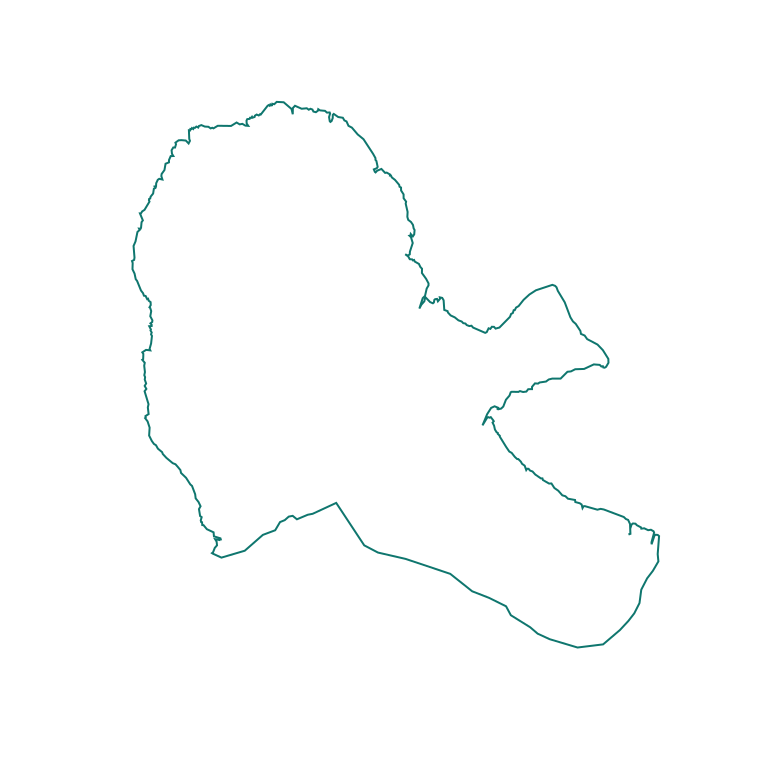 North Erromango, Tafea, Vanuatu (Equal Earth projection), rotated 349°
{"feature_id": "77236927B15473640252363", "entity_name": "North Erromango", "entity_type": "district", "adm_level": 2, "iso_a3": "VUT", "parent_name": "Vanuatu", "parent_adm1": "Tafea", "projection": "equal_earth", "projection_center": [169.132, -18.762], "detail": "fine", "context": "isolated", "style": "outline", "palette": "teal", "viewbox_px": 768, "rotation_deg": 349, "n_neighbors": 0, "source": "geoboundaries", "source_scale": "gbopen_adm2", "svg_char_len": 6108}
<svg xmlns="http://www.w3.org/2000/svg" viewBox="0 0 768 768"><g transform="rotate(349 384 384)"><path d="M625.0,585.8L623.9,584.4L621.8,583.8L620.5,584.5L616.1,592.4L616.4,590.4L620.8,581.4L620.5,580.0L618.2,578.0L615.4,577.9L611.9,575.3L609.0,575.1L608.9,573.8L605.2,570.8L604.2,569.1L601.7,568.4L600.2,569.2L598.1,573.0L597.3,578.1L595.3,578.4L597.3,577.8L598.8,568.4L597.7,564.0L595.7,562.7L594.0,560.3L575.8,549.1L572.8,547.9L569.5,548.1L557.8,542.2L556.6,542.1L555.2,543.7L555.0,540.0L553.4,538.4L549.3,536.4L549.4,534.3L542.7,531.7L540.7,528.8L537.8,527.3L534.7,522.0L531.4,518.6L529.4,513.6L527.0,513.2L521.7,508.6L521.5,506.9L520.0,506.6L515.2,501.7L513.1,498.2L510.9,496.9L509.7,494.8L508.3,494.5L507.2,495.6L506.5,491.0L504.3,488.7L503.5,486.3L501.5,483.3L500.4,483.1L498.5,480.5L496.2,476.0L494.1,474.2L491.9,469.1L487.6,457.7L487.8,456.9L486.2,454.7L486.4,453.8L485.3,452.8L484.2,449.8L484.1,445.9L483.2,442.6L484.6,441.6L484.5,440.9L482.5,436.9L481.2,437.2L479.9,436.4L478.5,437.1L472.8,443.4L479.5,433.3L484.6,427.9L488.3,427.0L491.5,429.1L490.7,430.1L491.2,430.6L494.3,430.5L496.8,428.9L500.7,422.7L505.0,419.3L506.8,416.3L507.9,416.0L514.4,417.4L516.1,416.9L519.0,418.4L522.3,418.6L524.6,416.6L528.3,417.3L528.8,415.0L532.3,412.2L535.3,413.0L537.0,412.2L543.5,412.5L546.6,411.0L550.3,410.8L558.4,412.4L566.4,407.0L569.9,407.3L574.5,406.0L583.3,407.4L593.7,404.8L599.4,406.4L600.7,408.3L602.2,408.3L602.4,409.6L603.7,410.1L605.3,409.5L608.4,406.0L609.0,402.1L605.3,392.5L601.1,386.0L592.0,378.7L590.2,374.7L586.9,372.4L586.9,369.4L583.7,361.6L581.4,358.6L579.7,354.1L577.0,338.3L572.4,325.7L571.8,322.0L570.7,320.3L568.2,318.8L551.0,321.0L543.8,323.9L537.1,328.0L531.0,333.2L528.2,334.2L526.5,336.4L525.4,336.3L524.0,338.9L522.1,339.5L520.5,342.1L508.1,350.6L504.1,350.9L502.9,348.9L500.8,348.4L498.9,350.2L497.3,349.3L494.7,352.7L493.1,353.1L482.2,345.6L481.0,343.5L478.8,343.4L476.4,341.9L475.5,340.2L473.4,339.4L472.2,337.5L469.2,335.7L466.2,332.1L462.5,329.4L460.4,326.0L460.3,324.6L457.3,322.8L458.5,313.2L457.6,310.6L455.3,309.6L455.3,311.0L452.7,313.1L452.3,310.6L450.4,310.5L449.5,311.0L448.5,313.5L447.4,314.1L444.9,312.4L441.1,306.5L439.4,310.5L435.8,313.3L433.1,316.7L438.4,307.1L441.1,305.3L444.1,298.5L446.5,295.7L446.9,293.7L445.4,288.8L442.4,282.3L443.3,278.1L442.0,276.0L441.2,272.8L437.6,269.7L437.2,268.0L436.0,268.2L435.5,267.1L433.1,266.4L432.1,263.4L429.6,260.7L431.9,262.5L434.0,261.7L434.7,259.0L439.1,251.1L438.5,245.0L437.3,243.3L438.5,243.2L438.9,241.9L440.5,244.6L442.2,242.9L443.4,238.7L442.8,236.9L442.8,233.4L441.4,230.1L439.1,227.5L438.8,224.4L440.0,219.6L439.7,211.1L440.5,209.2L438.7,205.4L439.4,201.6L437.7,197.3L438.2,194.4L436.9,193.3L436.9,191.4L433.7,185.7L431.1,182.7L430.6,180.7L429.6,180.5L429.9,179.5L427.0,177.0L425.4,177.0L422.5,172.4L418.0,173.3L416.1,174.7L415.5,174.0L415.0,171.4L418.1,170.8L419.2,169.7L419.1,163.6L418.4,162.4L418.7,160.6L417.2,156.0L410.6,139.8L405.8,134.0L401.4,126.2L398.4,123.8L397.3,119.1L395.4,117.7L394.4,114.8L390.0,113.2L386.2,109.3L385.1,110.0L384.4,113.2L382.7,115.9L381.4,116.5L380.9,115.7L381.0,111.5L382.7,108.2L382.5,107.1L379.8,106.7L378.2,104.6L373.4,103.2L371.9,101.7L371.3,103.1L369.0,104.2L366.7,103.1L366.1,100.9L364.3,99.8L362.5,100.4L360.8,98.6L355.7,98.1L349.7,93.9L347.2,95.7L345.9,101.8L345.7,96.4L339.3,88.3L332.5,86.6L329.7,88.4L327.8,87.6L327.3,89.0L326.4,89.0L325.7,87.9L324.8,89.0L324.0,88.2L322.8,88.7L314.4,96.0L313.9,95.5L312.3,96.5L310.4,95.2L308.5,96.0L307.9,97.2L305.7,97.5L305.4,96.5L304.4,97.4L303.3,97.1L302.7,98.1L300.3,97.9L299.3,99.2L298.9,102.1L300.0,104.7L297.2,103.9L294.6,101.6L291.9,101.6L289.2,99.2L283.1,101.5L270.1,98.8L265.4,100.5L264.3,99.7L262.6,100.0L260.7,98.0L257.2,97.1L254.1,95.0L251.4,95.5L250.6,96.8L248.9,95.5L247.3,96.5L246.3,96.1L245.4,97.3L244.3,96.1L243.5,97.0L242.6,96.7L242.1,98.1L240.9,97.7L239.6,106.3L239.9,108.3L238.1,110.6L235.9,107.2L231.8,106.0L228.9,105.6L225.3,107.3L225.6,108.9L224.0,112.0L222.3,111.6L220.1,114.0L219.8,117.6L220.7,120.0L218.1,119.6L215.7,123.1L215.2,125.4L211.6,126.1L209.3,132.1L205.8,135.4L205.1,137.4L205.5,141.0L202.5,139.7L200.9,140.4L198.7,143.4L198.0,146.2L196.7,146.3L197.4,147.4L197.0,148.0L195.4,148.3L193.7,153.0L190.7,155.5L189.9,157.3L188.8,157.5L188.3,158.8L188.6,160.2L182.1,167.4L179.6,168.4L177.9,170.2L177.0,170.0L178.5,177.4L176.9,178.9L175.3,184.3L174.7,185.1L173.2,184.7L173.6,186.1L171.0,187.7L167.3,196.6L164.5,200.7L163.2,212.3L162.4,214.5L160.1,215.2L160.4,217.2L159.0,223.4L160.2,228.0L160.3,233.7L161.3,235.7L163.3,245.9L164.8,248.9L165.2,251.5L166.8,252.1L167.7,255.5L168.7,255.3L168.9,257.3L170.5,259.1L170.1,262.0L168.4,264.0L169.0,264.7L169.4,268.0L167.5,272.9L168.8,277.3L168.3,278.9L166.3,279.9L167.2,281.5L167.0,282.7L164.6,282.5L165.6,286.0L165.0,286.9L165.8,289.1L164.8,290.8L165.4,292.5L163.1,299.8L160.6,304.8L161.0,306.4L156.9,305.1L152.8,306.8L153.5,308.5L153.0,310.8L152.3,313.7L151.3,314.1L153.2,317.5L152.1,320.3L151.6,326.7L150.4,329.6L150.8,331.7L150.0,334.0L150.6,338.1L148.7,340.2L149.8,343.5L147.6,345.4L149.0,358.9L147.7,361.9L147.2,368.6L143.7,370.0L143.7,371.5L143.0,371.9L144.8,375.6L145.6,382.1L143.6,389.8L145.2,395.6L146.7,398.9L148.5,400.6L149.7,404.3L153.2,408.6L153.5,410.5L156.3,415.0L161.5,421.4L164.0,423.0L165.8,426.1L167.7,429.6L167.8,432.6L171.8,438.3L174.7,445.6L176.1,447.4L177.6,456.2L177.3,460.3L179.4,464.4L180.6,469.0L178.5,471.5L178.3,478.5L179.6,479.9L178.1,482.9L178.2,484.7L179.0,485.0L178.7,487.8L179.9,488.1L182.4,492.7L188.4,497.1L188.0,501.1L194.0,504.3L194.1,505.3L192.2,504.9L193.6,506.1L188.6,504.1L189.6,506.8L189.3,510.5L186.6,512.6L184.0,516.7L182.9,517.2L183.5,517.8L191.3,523.4L215.5,521.1L236.3,509.0L249.3,506.8L255.6,499.7L260.6,498.7L265.2,496.0L269.2,496.0L272.7,500.2L284.2,497.8L289.2,497.8L314.4,491.6L333.8,538.6L345.9,548.3L371.8,559.8L412.8,583.0L431.0,604.3L446.2,613.9L461.4,625.5L464.4,635.2L481.1,650.7L487.2,658.4L497.9,666.1L523.7,679.6L549.4,681.4L568.7,670.5L578.7,663.2L585.9,656.9L593.0,647.8L597.3,635.0L605.2,625.0L612.3,618.7L619.5,610.5L620.2,603.2L625.0,585.8Z" fill="none" stroke="#0f766e" stroke-width="2"/></g></svg>